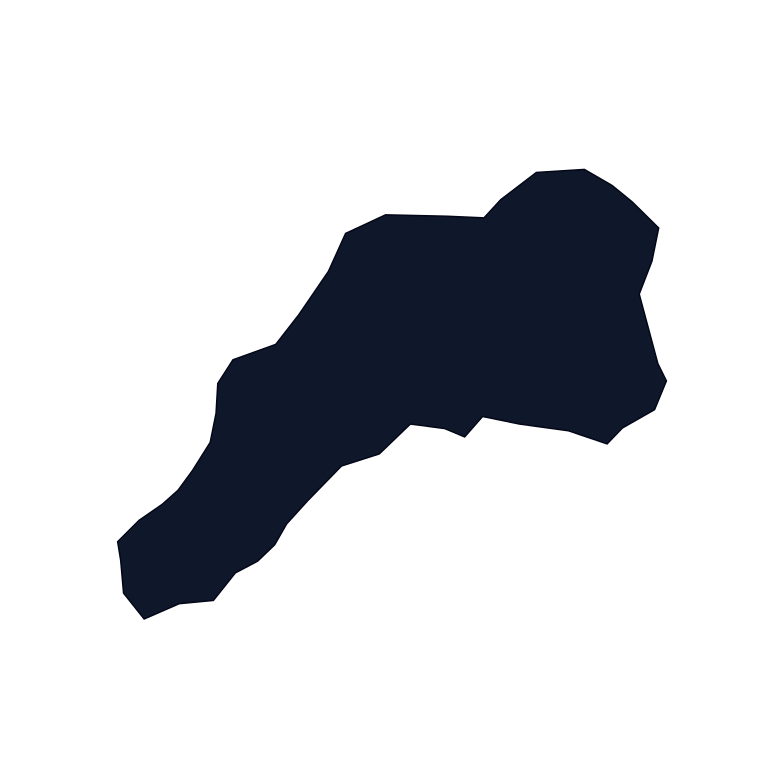 outline of Flasou, Nicosia, Cyprus, rotated 165°
{"feature_id": "46923920B19169275962284", "entity_name": "Flasou", "entity_type": "district", "adm_level": 2, "iso_a3": "CYP", "parent_name": "Cyprus", "parent_adm1": "Nicosia", "projection": "mercator", "projection_center": [32.902, 35.063], "detail": "fine", "context": "isolated", "style": "filled", "palette": "ink", "viewbox_px": 768, "rotation_deg": 165, "n_neighbors": 0, "source": "geoboundaries", "source_scale": "gbopen_adm2", "svg_char_len": 756}
<svg xmlns="http://www.w3.org/2000/svg" viewBox="0 0 768 768"><g transform="rotate(165 384 384)"><path d="M184.0,268.4L165.1,279.8L129.3,289.2L110.4,313.9L114.2,332.8L114.2,372.6L114.2,404.8L93.4,433.3L78.3,463.6L97.2,495.8L112.3,516.7L134.9,539.4L182.1,548.9L223.6,531.8L244.4,518.6L280.2,529.9L338.7,547.0L382.1,539.4L408.5,507.2L448.2,473.1L478.3,450.3L523.6,446.5L544.4,427.6L553.8,399.2L567.0,372.6L591.5,349.9L610.4,334.7L629.3,325.2L655.7,315.8L682.1,300.6L684.0,281.7L689.7,249.4L676.5,219.1L638.7,224.8L604.8,219.1L576.5,240.0L551.9,245.6L531.2,257.0L514.2,274.1L487.8,291.1L446.3,315.8L406.6,317.7L368.9,338.5L336.8,325.2L319.8,312.0L297.2,327.1L263.2,310.1L218.0,291.1L184.0,268.4Z" fill="#0f172a" stroke="#020617" stroke-width="1.5"/></g></svg>